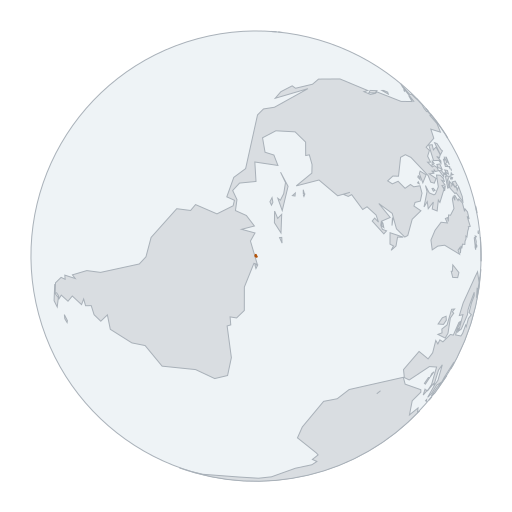 the Earth from above Nueva Esparta, rotated 75°
{"feature_id": "VEN-48", "entity_name": "Nueva Esparta", "entity_type": "State", "adm_level": 1, "iso_a3": "VEN", "parent_name": "Venezuela", "parent_adm1": "", "projection": "orthographic", "projection_center": [-64.068, 10.956], "detail": "fine", "context": "on_globe", "style": "filled", "palette": "amber", "viewbox_px": 512, "rotation_deg": 75, "n_neighbors": 0, "source": "natural_earth", "source_scale": "10m", "svg_char_len": 8994}
<svg xmlns="http://www.w3.org/2000/svg" viewBox="0 0 512 512"><g transform="rotate(75 256 256)"><circle cx="256" cy="256" r="225" fill="#eef3f6" stroke="#a8b0b8"/><path d="M201.6,265.1L196.6,262.4L191.3,268.9L174.3,257.1L168.9,243.4L120.1,218.0L115.9,210.7L117.1,199.7L107.8,162.5L108.6,196.6L103.7,189.4L101.0,177.0L104.2,174.4L104.7,156.9L101.3,149.8L106.7,129.1L125.1,105.2L125.2,109.2L129.6,103.6L129.8,98.5L128.8,96.7L144.2,75.9L147.2,65.3L140.6,67.0L148.0,63.3L130.4,70.8L127.2,71.5L135.4,67.9L139.9,65.4L140.0,64.0L144.5,61.3L147.2,59.4L152.7,56.5L157.1,55.4L160.7,53.8L160.6,53.0L166.0,50.2L165.6,51.5L175.0,46.9L184.1,45.8L178.7,54.3L188.3,53.8L194.9,63.5L198.9,61.2L204.0,64.4L210.5,63.1L209.8,66.0L215.6,62.6L214.9,60.4L217.2,58.3L220.9,57.6L220.8,60.8L218.9,61.6L220.8,62.3L219.1,64.3L222.1,62.9L221.5,67.4L227.7,62.0L231.8,64.9L229.9,68.1L222.9,68.9L200.9,80.8L196.8,85.5L198.1,90.8L215.8,97.7L214.2,103.1L217.5,109.4L221.6,105.6L220.6,99.4L229.2,94.5L226.9,88.3L230.0,85.7L230.6,79.4L238.3,79.4L245.5,83.1L245.4,88.5L248.6,90.5L255.0,85.0L260.9,95.6L275.5,104.1L276.2,107.4L266.1,113.3L250.1,113.4L237.1,123.8L253.5,116.4L254.9,125.9L258.5,127.5L263.0,127.0L265.5,123.4L267.7,126.8L252.3,134.7L250.1,131.6L255.0,128.9L247.5,129.4L237.2,136.0L238.7,140.9L221.5,147.7L222.3,151.5L219.1,155.6L218.8,148.8L219.0,161.5L198.9,175.5L198.7,199.0L190.4,180.6L182.2,178.2L172.1,178.3L171.8,182.0L158.8,178.6L146.2,186.1L140.2,204.4L143.5,219.1L158.1,220.4L163.1,212.6L174.2,211.4L164.9,232.8L184.0,236.7L181.3,253.0L186.7,261.6L196.6,259.8L206.8,264.1L214.4,254.8L226.6,249.8L226.5,263.0L233.5,251.0L240.1,257.5L264.4,256.9L262.5,259.9L283.0,275.3L305.6,281.4L310.8,290.8L308.1,296.8L316.0,298.2L316.1,302.0L347.8,306.1L364.1,314.4L363.7,327.6L350.1,343.7L338.1,375.2L313.8,386.3L307.8,398.4L289.1,415.7L274.4,414.8L278.8,422.8L270.8,427.6L261.3,428.0L259.9,433.5L252.9,433.6L257.8,437.1L247.1,443.8L251.0,449.3L243.4,454.2L246.2,457.2L243.0,457.1L240.0,458.1L239.9,459.6L230.0,456.6L226.2,449.8L229.1,446.4L225.0,445.6L231.0,436.4L226.7,438.2L226.3,423.2L231.6,410.4L233.5,370.8L228.3,362.5L210.9,352.5L189.8,320.3L195.1,307.4L190.7,301.1L205.2,282.8L201.6,265.1ZM43.0,183.2L44.8,178.1L43.7,181.6L43.0,183.2ZM45.9,174.9L45.3,176.6L45.8,175.2L45.9,174.9ZM46.3,173.7L46.0,174.6L46.2,174.1L46.3,173.7ZM46.7,172.8L46.6,173.1L46.5,173.3L46.7,172.8ZM197.0,207.0L218.9,218.9L205.9,220.0L208.4,218.0L203.0,213.1L192.7,208.5L181.4,210.6L197.0,207.0ZM208.1,194.2L204.2,193.2L208.1,193.2L208.1,194.2ZM127.6,96.4L129.3,98.8L127.5,104.7L125.6,102.9L127.6,96.4ZM131.8,86.4L133.9,86.3L128.7,91.5L129.1,89.9L131.8,86.4ZM134.8,69.3L135.3,70.0L133.3,70.3L134.8,69.3ZM146.6,59.6L145.1,60.4L147.1,59.1L146.6,59.6ZM226.3,80.0L228.4,79.7L227.2,81.0L226.3,80.0ZM224.6,77.7L221.7,79.3L220.5,78.5L222.3,77.5L224.6,77.7ZM157.3,53.8L161.2,51.8L158.0,53.6L157.3,53.8ZM228.5,75.9L218.7,76.9L216.5,75.5L221.6,70.7L228.5,75.9ZM174.0,46.2L183.3,42.8L171.2,47.5L167.8,49.2L167.2,49.2L163.9,50.6L173.1,46.5L171.8,47.1L174.0,46.2ZM213.0,60.0L213.9,62.4L209.7,61.2L213.0,60.0ZM209.8,59.8L193.6,60.4L194.1,57.0L199.4,57.2L197.4,53.9L205.6,51.9L208.6,53.3L206.6,55.7L211.3,53.2L209.8,59.8ZM189.0,41.2L191.8,40.3L189.7,41.1L189.0,41.2ZM217.8,57.4L214.4,57.6L214.7,54.6L221.4,53.7L219.2,54.9L217.8,57.4ZM192.8,54.2L194.2,52.1L201.2,49.8L202.7,48.7L205.9,51.6L192.8,54.2ZM221.0,55.2L224.8,53.3L228.1,54.2L221.0,57.0L221.0,55.2ZM211.9,54.3L212.4,52.9L214.3,53.3L211.9,54.3ZM242.0,57.0L238.0,56.9L237.8,55.2L242.0,57.0ZM226.0,52.6L224.8,52.3L224.3,51.8L227.4,50.8L226.0,52.6ZM210.7,49.9L213.3,49.6L209.7,48.6L214.9,47.2L216.0,49.5L217.7,47.9L219.3,47.5L218.5,49.9L210.7,49.9ZM229.0,48.4L232.2,51.4L239.7,51.8L240.1,53.2L228.0,52.4L229.0,48.4ZM222.9,49.0L226.7,48.9L225.3,50.4L221.7,51.5L222.9,49.0ZM217.9,45.6L209.7,47.1L209.8,46.6L217.9,45.6ZM231.4,48.1L230.6,47.4L232.1,47.9L231.4,48.1ZM222.4,45.9L219.5,46.4L219.6,45.8L222.4,45.9ZM231.3,45.8L232.4,46.7L230.0,47.3L231.3,45.8ZM227.5,45.6L228.3,44.6L228.5,47.0L226.2,45.9L227.5,45.6ZM223.0,45.2L222.1,45.0L224.2,45.1L223.0,45.2ZM239.7,43.1L240.6,46.0L235.3,47.3L235.2,44.2L239.7,43.1ZM246.9,462.6L231.0,457.7L239.8,460.0L245.1,457.7L253.8,461.2L246.9,462.6ZM263.0,456.3L269.6,454.9L271.4,455.7L267.2,456.9L263.0,456.3ZM434.7,118.8L436.6,122.9L429.9,115.3L421.9,103.8L421.0,102.7L434.7,118.8ZM412.2,93.7L411.8,93.3L409.6,91.2L412.2,93.7ZM406.3,88.2L409.8,91.5L412.4,93.8L415.5,97.1L413.4,95.3L411.0,92.9L410.3,92.9L421.8,105.4L425.7,109.1L427.6,115.0L434.3,122.0L437.0,126.8L426.8,116.8L423.1,112.4L409.3,104.2L413.4,109.2L426.7,117.6L425.3,117.7L430.9,125.6L425.6,119.7L410.0,110.3L407.7,117.1L415.4,140.1L411.8,144.2L403.9,142.9L390.4,123.2L399.9,116.4L395.2,110.4L384.1,104.2L388.0,103.1L384.6,100.1L387.3,97.7L382.1,88.5L383.5,85.9L372.7,77.2L372.0,75.0L378.6,80.6L383.9,83.6L386.3,78.8L384.2,76.4L377.0,71.4L378.6,71.2L371.3,67.0L368.4,63.2L365.8,64.8L357.3,60.1L350.8,55.5L347.5,54.6L358.1,62.1L362.8,65.1L367.5,67.0L379.7,76.6L380.8,79.5L366.2,71.3L366.1,75.0L354.9,68.0L333.2,50.1L328.6,46.1L339.4,47.4L345.5,50.2L344.6,50.8L353.4,53.8L348.9,51.8L350.2,52.0L342.4,48.5L342.9,48.5L334.5,45.4L334.3,45.1L339.6,47.0L327.9,42.5L327.0,42.2L344.3,48.7L361.0,56.7L376.9,65.9L392.1,76.5L406.3,88.2ZM189.4,40.8L183.3,42.8L174.0,46.2L189.4,40.8ZM440.9,384.8L446.0,377.0L453.1,363.8L465.1,329.6L471.3,311.1L473.3,298.2L471.2,272.9L472.1,256.0L470.2,250.4L467.1,254.2L464.2,247.5L461.8,248.7L442.4,263.0L433.1,255.5L413.9,228.3L414.9,214.5L409.1,200.6L411.3,145.1L418.4,145.1L427.8,131.4L430.2,132.0L436.3,142.6L449.2,148.9L444.7,138.8L449.1,140.6L447.9,138.0L455.9,152.2L462.9,166.9L468.8,182.1L473.6,197.7L477.3,213.7L479.8,229.8L481.1,246.1L481.2,262.4L480.1,278.7L477.9,294.9L474.5,310.8L470.0,326.5L464.3,341.8L457.5,356.7L449.7,371.0L440.9,384.8ZM418.4,170.6L420.2,174.8L420.3,174.9L418.4,170.6ZM265.2,256.7L268.1,259.3L264.2,259.4L265.2,256.7ZM203.8,225.4L208.5,225.8L210.9,227.9L207.2,228.5L203.8,225.4ZM244.7,226.3L250.3,227.5L244.3,228.5L244.7,226.3ZM222.4,220.4L240.2,225.9L228.6,229.6L217.4,226.4L225.3,225.3L222.4,220.4ZM205.3,201.7L208.2,202.8L207.1,205.2L205.3,201.7ZM210.9,194.3L209.7,194.5L208.4,192.5L210.9,194.3ZM255.8,125.4L257.1,124.9L261.6,125.2L259.3,126.7L255.8,125.4ZM282.6,118.2L285.5,124.0L281.9,120.6L279.2,123.5L268.2,120.5L275.9,108.9L274.4,114.4L282.6,118.2ZM255.7,114.2L261.8,116.8L254.9,114.5L255.7,114.2ZM363.4,88.0L367.3,88.8L370.6,92.6L368.8,97.7L363.9,92.0L363.4,88.0ZM372.0,89.3L358.1,80.8L358.6,77.9L360.7,80.8L362.4,79.8L366.2,84.3L380.4,90.6L384.2,94.5L378.8,100.6L378.4,96.2L374.7,95.4L372.0,89.3ZM321.5,70.2L315.5,68.2L324.5,64.3L329.1,66.8L327.6,71.5L321.3,71.4L321.5,70.2ZM239.3,67.9L236.4,68.5L236.4,67.4L238.9,66.0L239.3,67.9ZM240.1,57.1L251.9,64.5L249.2,65.4L259.4,69.4L256.2,73.6L249.8,70.7L254.9,77.4L247.8,76.5L252.1,81.0L238.0,74.1L231.8,74.1L239.9,72.3L243.0,68.3L242.5,66.6L236.4,62.0L224.5,60.7L225.7,57.1L229.7,54.9L232.7,54.7L231.0,57.0L236.3,55.0L236.1,58.2L240.1,57.1ZM275.5,40.6L272.3,41.8L282.8,41.4L282.7,43.3L283.9,43.2L286.7,45.0L292.2,47.3L291.1,48.1L293.8,48.7L295.7,50.2L298.9,51.3L298.0,53.5L301.9,55.2L299.3,55.3L306.2,57.8L300.7,57.0L302.6,59.3L307.0,58.9L294.4,71.0L293.5,77.8L295.7,84.2L285.9,82.9L277.5,76.4L271.3,68.5L273.6,62.6L268.8,63.4L268.5,61.0L272.4,61.3L266.2,59.4L267.0,57.6L261.4,52.5L251.8,51.6L249.5,50.0L253.7,49.5L248.5,48.4L254.8,46.5L253.3,45.4L258.1,42.9L266.9,43.0L264.6,41.9L268.1,40.3L275.5,40.6ZM241.3,42.4L252.0,41.4L257.1,42.1L246.7,46.4L247.2,47.6L240.7,51.0L233.4,50.0L235.9,49.0L236.6,47.9L238.7,48.7L237.6,47.3L241.1,46.0L241.2,44.7L244.6,44.6L241.3,42.4ZM428.4,127.2L429.4,126.8L430.0,125.2L433.6,130.5L428.4,127.2ZM418.0,120.9L418.3,119.6L423.6,125.6L422.6,126.3L418.0,120.9ZM413.9,114.0L417.9,119.0L415.1,116.7L413.9,114.0ZM378.4,79.4L378.1,78.0L379.9,79.0L382.1,81.2L378.4,79.4ZM306.8,42.2L304.1,42.1L302.9,41.7L295.0,40.5L294.4,39.3L299.0,39.5L306.8,42.2ZM438.6,124.0L440.1,126.2L439.2,125.0L438.3,123.7L437.5,122.6L438.6,124.0ZM438.8,128.3L440.5,129.0L439.7,129.7L438.8,128.3ZM304.9,40.7L301.7,40.2L303.4,40.0L304.9,40.7ZM293.6,38.5L294.9,38.0L293.5,39.0L293.6,38.5ZM295.7,34.3L307.4,36.8L315.4,38.8L319.4,39.8L318.8,39.9L306.4,36.8L295.7,34.3ZM267.6,31.0L266.0,31.0L264.4,30.9L267.6,31.0ZM269.7,31.1L271.8,31.4L267.7,31.3L266.8,31.0L269.7,31.1ZM288.8,34.7L292.3,35.4L290.8,35.5L288.8,34.7ZM191.1,40.4L191.8,40.3L189.5,40.9L191.1,40.4Z" fill="#d9dde1" stroke="#a8b0b8" stroke-width="1"/><path d="M256.9,255.3L256.9,255.5L257.1,255.8L257.0,256.0L256.9,256.0L256.7,256.3L256.4,256.2L256.4,256.3L256.1,256.3L255.9,256.3L255.8,256.1L255.7,256.1L255.4,256.1L255.1,256.0L254.9,256.0L254.7,256.0L254.8,255.8L254.8,255.7L255.0,255.6L255.3,255.5L255.5,255.5L255.8,255.8L256.1,255.9L256.2,255.7L256.3,255.5L256.3,255.4L256.5,255.3L256.7,255.2L256.8,255.2L256.8,255.3L256.9,255.3ZM256.4,256.6L256.5,256.7L256.7,256.8L256.4,256.8L256.3,256.7L256.2,256.7L256.3,256.6L256.4,256.6ZM255.6,256.5L255.4,256.6L255.5,256.5L255.6,256.5Z" fill="#f59e0b" stroke="#b45309" stroke-width="1.5"/></g></svg>